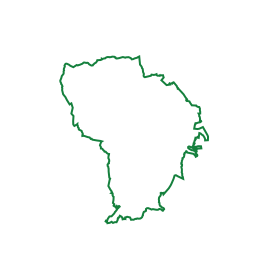 the district of Chiliile, Buzau, Romania, rotated 236°
{"feature_id": "2599482B72607399791011", "entity_name": "Chiliile", "entity_type": "district", "adm_level": 2, "iso_a3": "ROU", "parent_name": "Romania", "parent_adm1": "Buzau", "projection": "orthographic", "projection_center": [26.575, 45.45], "detail": "fine", "context": "isolated", "style": "outline", "palette": "green", "viewbox_px": 256, "rotation_deg": 236, "n_neighbors": 0, "source": "geoboundaries", "source_scale": "gbopen_adm2", "svg_char_len": 5653}
<svg xmlns="http://www.w3.org/2000/svg" viewBox="0 0 256 256"><g transform="rotate(236 128 128)"><path d="M181.0,177.3L181.2,176.1L181.2,174.8L182.0,172.4L182.2,170.9L182.8,169.5L184.4,169.4L186.4,168.1L187.7,165.8L187.8,165.1L189.3,163.8L189.8,163.2L190.9,159.7L191.8,157.7L192.2,157.5L192.3,157.1L193.5,156.7L193.8,157.0L194.7,156.5L196.0,154.8L196.3,153.6L197.0,152.2L197.4,152.0L198.4,150.5L198.6,149.5L198.7,148.5L198.5,148.1L199.4,146.1L199.4,145.1L200.0,144.9L199.6,144.6L199.6,143.4L200.6,141.9L200.7,141.4L201.4,140.5L200.6,139.4L200.1,137.8L200.3,136.4L200.0,135.2L200.0,134.5L199.6,133.9L200.0,132.9L200.7,132.3L202.6,131.4L204.1,131.3L204.9,130.7L205.2,129.9L206.9,128.2L207.0,127.5L206.8,126.2L207.4,123.2L207.8,122.2L207.9,121.4L208.9,120.7L209.0,116.7L211.8,115.0L213.6,114.4L215.5,113.2L216.0,112.6L216.1,112.0L215.3,110.3L214.3,110.0L213.0,108.0L212.1,107.3L211.5,107.2L211.0,106.3L209.5,105.4L208.9,104.7L208.1,102.2L206.6,100.5L205.2,98.4L204.1,97.8L202.4,97.6L201.9,97.2L200.9,97.3L199.2,97.0L198.8,96.1L197.6,95.7L196.3,94.6L192.2,93.1L188.6,93.4L185.4,93.0L180.2,92.8L180.2,93.7L180.1,94.8L175.7,93.5L171.6,89.1L168.4,89.5L164.4,86.4L161.7,84.7L161.0,84.6L159.7,84.7L159.5,87.4L159.6,88.2L158.8,87.6L158.1,87.7L157.7,87.4L156.4,86.9L155.3,87.1L154.8,86.6L154.2,86.4L151.6,87.9L150.1,87.5L148.8,87.4L148.0,87.0L147.7,86.2L146.9,85.7L146.7,86.2L145.9,87.3L143.0,89.5L141.6,90.9L139.8,91.0L139.6,91.7L139.4,91.9L138.3,91.9L135.0,95.3L132.7,97.9L131.5,98.9L131.5,98.2L131.4,97.9L129.4,95.1L127.5,94.9L126.2,94.1L125.9,94.6L125.0,95.1L123.4,95.1L122.8,95.4L121.5,95.3L121.1,96.0L120.9,96.2L119.4,96.4L118.4,96.7L117.3,97.3L117.0,97.7L116.4,97.2L116.1,96.6L114.6,95.3L113.8,94.8L112.6,94.7L111.8,94.4L110.7,93.6L110.3,92.9L109.7,92.6L109.8,92.4L109.4,92.1L109.3,91.0L109.1,90.6L108.3,90.2L108.0,89.9L106.7,89.9L105.9,89.4L105.3,89.3L102.7,87.6L97.2,84.7L96.0,84.9L95.4,83.9L90.9,79.3L86.8,78.9L85.0,79.0L84.4,78.9L84.2,78.6L83.3,78.8L82.9,78.6L83.0,78.0L82.3,78.5L81.9,78.5L80.9,77.6L79.5,77.4L79.0,77.6L76.3,75.6L74.3,73.6L72.5,74.0L72.2,73.8L71.6,72.6L70.4,73.0L69.8,73.7L69.2,73.6L69.0,73.8L69.6,74.3L69.4,74.5L69.5,74.8L69.0,74.7L68.6,74.3L68.6,74.9L68.0,75.1L68.3,75.7L67.9,76.0L68.3,76.4L67.9,76.6L67.9,77.1L67.5,77.1L67.5,76.5L67.1,75.3L67.0,74.1L66.2,72.5L65.9,71.3L65.7,70.9L65.7,70.3L64.9,68.9L64.0,65.0L65.0,63.3L65.0,63.0L64.0,60.5L63.2,59.5L63.1,59.1L63.6,58.0L63.1,57.2L62.4,57.5L62.3,57.8L62.0,57.8L61.8,58.2L60.6,57.7L59.6,59.9L59.4,62.0L57.8,62.4L57.5,63.1L57.5,63.9L57.0,64.9L56.3,65.8L57.5,68.0L58.4,68.6L58.4,69.2L59.1,69.6L59.1,69.9L58.9,70.3L59.1,70.6L59.0,71.1L59.5,71.6L59.8,72.2L58.0,73.1L56.7,73.0L55.4,72.5L55.3,73.5L55.0,73.5L55.0,73.9L54.7,74.1L54.8,74.3L54.4,74.4L54.4,74.8L54.1,75.0L55.4,75.9L55.0,76.6L54.9,77.6L52.9,79.5L52.6,79.7L50.2,79.2L49.5,80.5L48.8,81.4L48.6,83.2L47.9,84.3L47.9,85.0L46.8,86.2L46.1,87.5L46.0,88.4L46.2,89.8L47.1,91.0L47.2,91.5L47.7,91.7L49.4,93.8L49.6,94.3L49.4,94.7L49.3,95.6L49.6,96.4L49.4,96.7L50.8,97.6L50.9,98.8L50.4,99.8L48.2,101.4L47.3,101.8L46.8,103.3L44.8,105.3L43.8,106.5L43.4,107.3L43.4,108.7L41.8,110.1L40.4,110.3L40.1,110.4L39.9,110.8L40.4,111.5L40.5,112.2L40.4,112.4L40.5,112.6L40.8,112.7L41.6,112.7L44.0,111.4L44.7,111.5L45.6,111.0L47.0,111.4L48.3,112.2L49.2,112.1L50.0,112.9L51.5,113.6L52.9,114.8L53.3,115.6L53.5,116.6L54.2,117.8L54.8,118.3L55.8,118.7L55.8,119.2L54.8,120.1L54.5,120.9L53.9,120.4L53.1,120.2L55.2,128.1L56.6,131.3L57.7,133.2L60.2,137.1L62.5,140.0L62.1,141.3L59.9,142.4L55.0,145.3L56.8,146.1L57.9,146.2L58.9,146.7L59.5,147.3L61.4,147.8L61.6,148.2L63.8,149.7L65.8,150.4L66.2,150.7L66.2,151.3L66.4,151.6L67.5,152.4L67.9,152.5L68.5,152.1L69.4,152.9L69.6,153.6L70.6,154.2L71.7,155.9L72.5,156.2L72.5,157.1L72.6,157.9L72.9,158.4L74.4,159.9L74.9,159.8L75.7,161.1L75.4,161.8L76.0,162.8L75.7,162.9L75.8,163.5L74.4,163.5L69.9,167.9L67.0,168.3L66.3,168.1L66.1,169.5L66.3,170.0L67.2,170.4L68.6,170.1L69.7,170.2L69.9,170.8L70.0,171.7L70.7,171.8L71.6,172.8L72.8,172.0L73.0,171.4L72.4,170.9L72.3,170.6L71.8,170.3L73.5,169.1L74.0,168.4L76.4,167.1L77.8,166.7L78.6,167.2L78.6,168.3L77.7,169.0L77.0,169.3L76.2,170.0L74.7,170.8L73.8,170.8L73.4,171.7L70.1,177.4L72.0,178.3L73.4,176.4L74.0,175.2L74.1,174.5L75.6,171.8L76.7,171.5L77.3,173.4L77.9,173.2L78.5,173.8L78.2,174.2L78.2,174.7L78.9,174.7L79.2,174.9L80.2,176.1L80.2,176.5L80.5,176.7L80.6,177.3L80.8,177.2L80.9,177.5L81.5,177.7L82.2,178.5L81.7,178.9L81.7,179.3L81.1,180.1L81.1,180.3L81.7,180.6L81.7,180.8L80.6,180.9L80.3,181.1L83.9,184.3L82.9,185.1L80.6,185.7L80.1,186.1L77.4,186.1L75.7,185.7L74.6,185.0L73.2,187.4L75.2,188.9L76.3,189.6L77.9,189.9L86.9,190.6L87.6,186.5L88.3,185.0L90.4,182.5L93.0,185.0L93.5,185.6L93.3,185.8L93.4,186.1L94.2,186.7L93.6,187.8L93.0,189.9L92.5,190.6L92.4,191.5L92.6,192.4L93.2,192.5L93.9,192.2L93.8,191.7L95.4,192.9L97.1,193.7L97.9,193.6L99.3,194.5L100.5,194.6L99.7,196.0L101.2,197.0L102.7,197.6L103.7,198.4L105.5,198.8L106.5,197.7L107.2,197.4L107.7,197.0L108.5,197.1L111.1,193.6L114.1,193.6L115.7,193.8L117.1,192.5L117.4,191.9L117.8,191.7L118.6,191.8L118.8,193.0L121.0,192.8L124.9,192.9L132.1,191.8L133.0,191.8L133.0,191.3L133.7,191.6L134.9,191.6L135.4,191.9L140.2,191.4L140.1,190.8L140.3,190.0L140.0,189.5L140.2,189.3L140.6,189.5L140.6,188.7L140.8,188.2L141.8,187.5L141.4,186.6L140.7,186.7L142.0,184.0L148.9,182.4L149.9,185.8L152.2,186.5L152.5,185.8L153.1,185.1L153.4,184.0L153.9,184.0L153.8,183.1L154.3,182.6L154.9,181.7L155.9,181.3L156.7,181.7L157.0,180.3L157.6,179.0L159.1,177.3L158.5,176.2L160.7,170.4L161.8,169.9L162.8,170.3L163.9,171.4L166.0,171.8L168.7,173.2L169.9,173.1L170.7,173.5L172.2,173.6L173.8,173.4L181.0,177.3Z" fill="none" stroke="#15803d" stroke-width="2"/></g></svg>